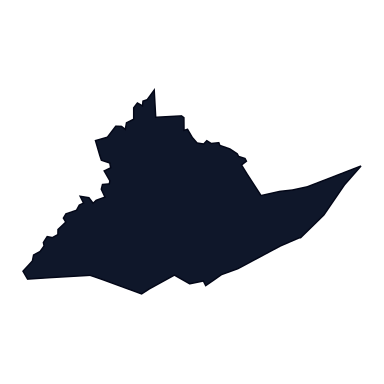 the district of Centre, Pennsylvania, United States of America
{"feature_id": "52423323B56573766601238", "entity_name": "Centre", "entity_type": "district", "adm_level": 2, "iso_a3": "USA", "parent_name": "United States of America", "parent_adm1": "Pennsylvania", "projection": "mercator", "projection_center": [-77.904, 40.972], "detail": "fine", "context": "isolated", "style": "filled", "palette": "ink", "viewbox_px": 384, "rotation_deg": 0, "n_neighbors": 0, "source": "geoboundaries", "source_scale": "gbopen_adm2", "svg_char_len": 1159}
<svg xmlns="http://www.w3.org/2000/svg" viewBox="0 0 384 384"><path d="M27.6,279.1L48.7,277.7L90.1,275.3L94.3,276.7L102.9,279.7L141.6,293.9L149.3,288.9L174.4,275.1L189.7,283.8L203.4,281.0L205.7,285.6L213.7,280.1L221.5,274.6L237.8,268.7L280.3,246.0L299.0,237.9L300.6,237.7L323.9,214.9L344.5,184.8L361.0,166.0L307.3,186.8L292.5,190.0L279.8,191.4L261.0,195.6L259.5,193.2L247.3,174.4L241.5,165.0L246.4,161.2L245.0,158.5L238.5,156.4L237.3,153.9L230.0,149.0L219.8,145.4L218.8,142.7L211.2,143.5L206.8,140.7L203.7,144.0L197.1,143.0L192.3,137.5L187.5,129.3L184.0,130.4L183.9,117.7L181.5,115.9L155.7,117.3L154.2,90.1L147.2,99.7L143.0,101.1L142.5,105.9L137.4,103.0L133.7,107.8L133.7,119.2L126.5,122.8L125.3,129.4L121.5,126.4L115.8,126.2L107.4,137.2L95.5,140.6L99.8,155.4L101.4,160.2L109.8,163.0L110.7,167.8L104.2,170.9L109.9,180.8L109.3,183.9L102.5,184.5L101.3,189.2L105.0,197.1L96.2,200.3L93.1,203.3L88.9,197.7L80.2,196.3L83.6,203.1L79.3,205.1L76.5,210.3L66.0,213.8L63.4,218.1L65.8,222.1L58.0,229.5L57.9,234.6L52.4,237.6L47.2,236.6L43.4,242.5L44.1,245.9L40.1,251.5L33.6,255.0L32.4,261.0L23.0,271.2L27.6,279.1Z" fill="#0f172a" stroke="#020617" stroke-width="1.5"/></svg>